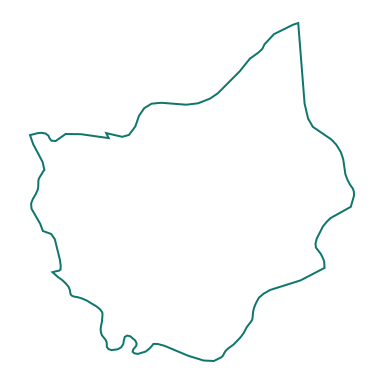 an SVG outline of Bình Phước
{"feature_id": "VNM-484", "entity_name": "Bình Phước", "entity_type": "Province", "adm_level": 1, "iso_a3": "VNM", "parent_name": "Vietnam", "parent_adm1": "", "projection": "orthographic", "projection_center": [106.812, 11.797], "detail": "fine", "context": "isolated", "style": "outline", "palette": "teal", "viewbox_px": 384, "rotation_deg": 0, "n_neighbors": 0, "source": "natural_earth", "source_scale": "10m", "svg_char_len": 1869}
<svg xmlns="http://www.w3.org/2000/svg" viewBox="0 0 384 384"><path d="M186.2,104.7L198.1,103.3L210.0,98.6L217.8,93.3L239.8,71.2L249.9,58.6L258.5,52.5L262.3,48.9L264.5,44.3L274.0,34.1L293.1,24.7L298.2,23.0L298.5,26.6L304.6,103.7L308.1,118.6L312.9,126.9L331.1,139.3L336.2,144.6L340.8,152.0L343.2,159.2L345.4,174.3L347.5,179.9L350.0,184.6L352.8,188.5L353.9,191.7L354.0,195.7L350.8,206.8L330.6,218.0L327.4,221.1L323.0,226.3L316.7,238.7L315.5,243.6L315.9,247.6L320.8,253.9L322.9,258.2L324.2,261.5L324.5,267.9L300.5,280.4L270.3,289.9L263.6,293.7L258.8,297.8L256.0,303.1L254.2,307.4L253.1,311.5L252.6,317.3L252.2,319.7L251.0,321.7L246.9,326.9L243.6,333.2L240.2,337.7L233.5,344.6L228.2,348.4L225.6,350.9L224.4,352.8L223.0,355.6L221.1,357.4L213.8,361.0L203.5,360.5L188.0,355.7L164.5,345.8L157.8,344.0L153.4,343.9L151.9,345.9L149.3,348.7L145.6,351.6L137.9,353.9L134.3,353.3L132.6,351.7L133.2,349.5L136.3,345.7L136.6,343.3L135.2,340.5L130.3,336.3L127.2,335.6L124.8,336.9L123.9,340.3L123.2,344.2L121.2,347.3L117.7,349.3L111.5,350.1L108.5,349.1L106.9,347.0L106.6,342.0L105.5,339.7L102.0,335.4L101.0,332.6L100.6,329.5L100.9,326.6L102.0,321.3L102.5,314.7L102.3,312.4L100.2,309.5L96.6,306.5L87.2,300.8L82.3,298.6L77.8,297.2L73.7,296.5L71.9,295.7L70.8,294.6L70.4,293.3L69.7,289.6L68.6,286.9L66.0,283.7L62.5,280.3L57.9,277.0L52.5,272.2L55.9,271.3L57.4,271.0L59.2,270.6L60.5,269.6L60.7,265.6L59.8,259.3L54.8,239.2L51.2,234.0L42.9,231.0L40.2,223.8L31.5,208.7L31.1,203.5L32.9,198.9L35.5,194.6L37.7,189.9L38.2,187.1L38.4,180.8L38.8,178.7L43.5,170.9L44.4,170.1L42.6,162.0L33.1,144.0L30.5,136.5L30.0,135.1L37.6,133.2L41.3,132.8L45.5,133.5L48.4,135.6L49.7,138.5L51.4,140.7L55.7,141.0L65.6,134.0L81.0,134.2L108.7,138.1L106.2,133.1L122.2,136.8L129.0,134.9L135.3,126.5L139.0,115.8L144.3,108.1L151.6,103.7L157.6,103.1L161.6,102.8L186.2,104.7Z" fill="none" stroke="#0f766e" stroke-width="2"/></svg>